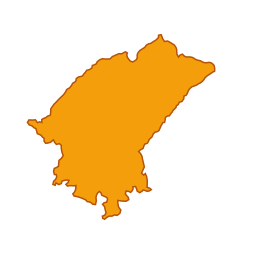 Belmiro Braga, Minas Gerais, Brazil (Robinson projection), rotated 168°
{"feature_id": "56859067B40732579968436", "entity_name": "Belmiro Braga", "entity_type": "district", "adm_level": 2, "iso_a3": "BRA", "parent_name": "Brazil", "parent_adm1": "Minas Gerais", "projection": "robinson", "projection_center": [-43.465, -21.971], "detail": "fine", "context": "isolated", "style": "filled", "palette": "amber", "viewbox_px": 256, "rotation_deg": 168, "n_neighbors": 0, "source": "geoboundaries", "source_scale": "gbopen_adm2", "svg_char_len": 3356}
<svg xmlns="http://www.w3.org/2000/svg" viewBox="0 0 256 256"><g transform="rotate(168 128 128)"><path d="M194.9,72.7L191.7,71.3L188.7,69.6L186.2,67.9L184.4,66.5L183.2,64.5L181.1,63.7L179.6,62.6L178.4,60.8L175.7,59.9L174.1,63.5L173.8,66.6L172.6,69.2L171.0,70.9L169.2,71.9L168.0,70.3L167.6,67.7L165.2,65.9L163.2,64.6L162.8,62.5L164.4,59.8L166.9,59.9L168.8,58.6L167.3,56.0L167.3,53.0L167.1,49.6L168.8,47.6L171.4,47.1L171.5,44.9L169.8,43.6L167.3,45.0L164.7,45.7L162.0,45.1L159.5,45.8L156.7,44.8L153.7,46.2L152.1,49.2L153.6,52.4L153.6,56.3L153.1,59.3L150.6,58.3L147.1,57.2L144.8,56.8L142.1,57.8L142.2,60.1L143.2,61.9L144.3,64.1L142.9,66.8L140.5,65.8L138.8,64.5L137.0,65.7L135.7,67.4L135.4,69.5L132.8,69.2L132.3,66.8L132.2,64.5L130.1,62.3L127.6,63.1L126.0,64.2L124.4,63.4L122.3,62.0L119.9,62.1L118.0,62.9L119.2,64.5L121.7,66.1L120.7,69.8L120.1,72.5L119.9,76.3L120.5,79.8L122.4,78.7L124.1,81.0L123.0,82.6L121.7,84.4L120.1,86.5L120.2,91.0L120.3,94.2L120.2,97.3L121.0,100.3L122.5,102.8L120.3,104.1L117.5,104.9L116.5,106.7L114.9,108.8L112.4,109.0L111.0,110.4L109.5,112.5L106.6,114.1L104.5,116.9L102.5,118.3L100.4,118.3L98.3,119.0L97.1,120.6L95.0,123.6L92.9,125.9L91.0,126.0L90.1,128.0L89.2,130.5L87.1,131.5L85.0,131.3L83.2,133.1L81.5,134.4L80.2,135.9L78.5,136.9L76.9,138.0L75.9,139.8L74.1,140.4L72.4,142.6L69.8,142.7L67.4,144.9L66.6,147.6L64.2,148.0L62.5,149.9L61.4,151.7L59.5,153.6L57.0,155.0L53.8,155.4L51.7,155.8L49.8,156.6L47.7,157.1L45.5,158.2L43.8,159.5L42.3,161.0L39.7,162.6L36.2,163.9L33.4,165.1L31.5,165.5L30.8,168.1L30.8,171.3L32.2,173.6L33.8,174.9L35.6,175.4L38.5,175.6L41.0,176.7L43.0,178.6L45.5,179.7L47.7,181.1L49.2,182.7L50.9,184.0L53.3,184.8L56.4,185.4L58.2,186.9L59.4,188.9L61.7,188.6L63.8,186.9L64.8,190.1L64.1,194.6L64.3,196.7L65.4,199.5L69.0,203.0L71.1,204.8L74.4,205.1L75.5,208.1L75.8,210.3L76.2,212.4L78.8,212.4L79.4,210.2L82.0,208.4L85.6,207.1L87.9,206.1L90.5,206.0L92.9,205.2L94.8,203.4L97.5,202.4L100.4,201.3L102.9,199.2L104.0,197.2L104.2,195.1L105.9,192.9L107.6,192.3L109.6,191.6L112.0,193.1L113.1,195.3L113.9,197.2L114.0,199.8L113.0,201.5L114.5,203.0L116.7,202.6L118.7,201.9L121.4,202.6L125.6,201.7L128.5,201.1L131.2,199.3L133.9,199.8L136.2,200.2L138.5,201.1L141.2,200.7L144.1,199.4L145.9,197.3L147.6,196.8L149.9,196.6L150.8,194.3L153.3,193.2L156.4,193.0L158.3,191.2L159.9,190.1L161.8,188.3L163.6,188.2L165.8,188.2L168.3,187.2L169.0,185.1L170.5,184.0L172.8,183.3L174.4,181.4L176.6,179.5L179.9,178.4L181.7,176.2L184.2,173.9L187.5,171.9L190.9,169.7L192.9,168.2L195.6,166.5L197.2,165.0L199.6,162.7L200.1,160.2L201.3,156.7L204.2,156.3L206.4,155.2L208.6,154.9L210.6,154.2L211.2,151.3L213.2,152.4L215.5,152.1L216.8,155.2L219.7,155.6L223.2,156.5L225.2,154.4L224.0,151.6L221.3,149.9L220.0,147.9L218.2,146.5L218.0,143.7L217.9,141.3L216.3,140.3L214.5,138.9L213.6,136.9L212.2,135.4L212.8,132.7L211.9,130.3L209.6,129.9L206.6,130.2L203.5,131.9L202.6,128.9L201.5,126.9L198.3,126.9L196.9,124.9L197.5,121.9L197.6,117.8L197.1,114.5L199.4,112.2L202.2,110.7L203.1,108.0L204.0,105.0L206.3,104.2L208.5,103.8L209.8,101.2L209.7,97.8L207.8,97.3L208.0,94.7L209.7,92.6L211.8,91.4L213.2,88.4L211.1,87.1L209.8,89.3L207.4,87.0L204.7,87.6L203.6,89.8L199.5,90.0L196.7,89.1L197.8,87.3L200.5,85.8L199.4,83.8L197.3,83.7L195.3,83.4L193.3,82.7L190.9,82.6L191.6,80.0L192.4,78.1L193.9,76.3L195.7,75.0L194.9,72.7Z" fill="#f59e0b" stroke="#b45309" stroke-width="1.5"/></g></svg>